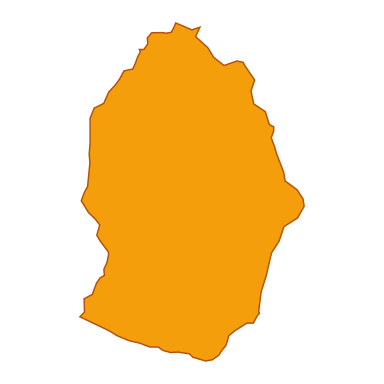 outline of Anarita, Paphos, Cyprus
{"feature_id": "46923920B9699971041425", "entity_name": "Anarita", "entity_type": "district", "adm_level": 2, "iso_a3": "CYP", "parent_name": "Cyprus", "parent_adm1": "Paphos", "projection": "natural_earth1", "projection_center": [32.54, 34.745], "detail": "fine", "context": "isolated", "style": "filled", "palette": "amber", "viewbox_px": 384, "rotation_deg": 0, "n_neighbors": 0, "source": "geoboundaries", "source_scale": "gbopen_adm2", "svg_char_len": 1351}
<svg xmlns="http://www.w3.org/2000/svg" viewBox="0 0 384 384"><path d="M139.4,49.5L140.3,51.8L137.4,57.5L135.6,62.6L132.8,69.0L123.9,70.9L119.6,79.1L115.2,85.1L108.8,92.0L103.7,103.4L94.2,108.1L90.1,118.3L90.1,126.4L90.1,134.5L90.1,142.8L89.2,154.2L89.9,162.7L88.6,176.2L87.6,186.4L84.2,192.8L81.3,200.8L88.7,212.8L95.5,219.3L99.7,225.0L96.8,235.3L99.9,240.6L108.2,251.8L108.6,254.3L107.0,262.5L103.9,269.3L104.4,275.4L100.1,277.9L96.5,283.1L92.3,294.4L84.1,298.8L84.5,312.0L79.9,316.8L109.4,330.9L117.1,335.7L128.9,340.6L140.0,343.2L149.8,347.0L158.1,347.0L162.9,350.4L170.5,352.5L178.3,352.1L189.5,353.9L193.0,357.3L205.8,361.0L212.6,359.7L218.8,355.1L221.9,350.4L225.8,345.7L227.7,340.0L228.7,335.9L234.3,331.1L242.4,325.9L247.0,323.1L253.4,323.1L257.0,316.2L259.2,313.4L259.3,313.4L258.7,311.0L261.2,291.7L266.2,275.8L271.5,252.9L279.0,241.3L284.0,226.6L297.5,218.0L304.1,206.4L303.0,198.8L297.0,189.7L285.1,181.0L283.6,172.1L281.3,166.0L276.9,154.7L274.4,146.2L271.2,137.7L273.7,131.2L273.7,126.9L269.3,124.4L265.3,111.7L253.7,103.9L251.0,90.9L254.7,80.1L244.9,65.8L243.1,62.3L237.0,61.0L224.0,65.5L213.7,57.4L207.8,47.7L195.6,36.7L199.9,27.2L191.9,29.9L183.2,26.1L175.7,23.0L174.3,26.6L171.3,32.2L166.4,33.2L162.4,32.6L156.5,32.7L151.6,32.8L147.3,38.0L147.8,43.8L143.9,49.5L139.4,49.5Z" fill="#f59e0b" stroke="#b45309" stroke-width="1.5"/></svg>